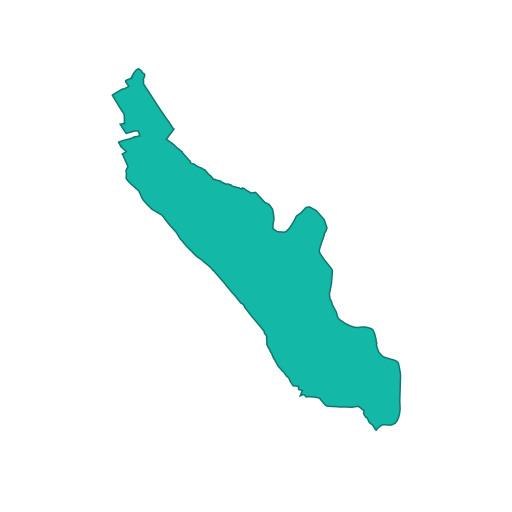 outline of Bralostita, Dolj, Romania, rotated 33°
{"feature_id": "2599482B80334443229392", "entity_name": "Bralostita", "entity_type": "district", "adm_level": 2, "iso_a3": "ROU", "parent_name": "Romania", "parent_adm1": "Dolj", "projection": "mercator", "projection_center": [23.509, 44.502], "detail": "fine", "context": "isolated", "style": "filled", "palette": "teal", "viewbox_px": 512, "rotation_deg": 33, "n_neighbors": 0, "source": "geoboundaries", "source_scale": "gbopen_adm2", "svg_char_len": 6053}
<svg xmlns="http://www.w3.org/2000/svg" viewBox="0 0 512 512"><g transform="rotate(33 256 256)"><path d="M451.7,336.6L451.9,334.5L452.4,332.5L452.7,331.4L453.1,330.5L453.5,329.8L454.0,328.9L454.4,328.5L455.0,327.9L459.4,325.5L461.8,323.8L463.8,320.5L464.1,317.8L463.4,313.3L461.8,309.0L460.8,307.2L460.2,305.8L455.4,299.1L452.9,294.9L442.2,277.3L441.4,276.5L440.3,274.9L439.0,273.8L437.9,272.4L434.9,269.4L434.2,268.7L433.8,268.3L432.6,267.9L431.2,267.7L430.1,267.8L427.6,268.3L424.9,269.3L422.4,269.9L421.2,270.4L417.9,271.1L416.1,271.1L414.9,270.7L414.5,270.7L413.7,270.5L413.3,270.3L411.8,269.9L410.9,269.4L410.4,269.2L409.2,268.3L408.1,267.3L407.0,266.6L405.3,264.7L404.9,264.0L404.9,263.5L404.8,263.3L403.1,262.0L401.8,260.2L400.3,258.9L398.0,256.7L394.8,254.6L393.7,254.1L392.0,254.2L390.2,254.7L386.6,255.9L385.4,256.6L383.0,258.3L380.6,260.4L378.1,261.8L376.9,262.3L373.0,263.3L371.8,263.5L370.6,263.5L369.1,263.9L366.7,264.0L360.9,263.8L359.2,263.5L358.7,263.3L357.7,262.7L356.1,261.4L354.3,259.5L349.0,256.7L348.2,256.1L346.7,255.3L345.1,254.0L344.8,253.6L343.4,252.6L341.3,251.6L340.1,250.0L339.9,249.9L338.5,248.1L337.8,246.9L336.0,242.2L335.0,239.9L334.3,238.1L333.7,236.9L328.4,227.2L327.0,225.9L326.1,225.5L316.5,222.3L314.3,221.6L312.7,220.8L308.8,219.2L306.6,217.7L305.8,216.2L304.8,213.2L303.3,207.3L302.8,204.8L302.2,202.8L301.8,201.4L301.0,199.9L301.1,198.7L301.0,196.7L300.2,193.7L293.4,188.4L281.8,185.1L274.0,185.7L271.5,188.1L270.1,195.7L268.1,200.6L268.8,205.5L268.9,214.3L267.9,219.2L266.5,220.8L260.6,224.0L255.4,223.9L253.3,220.8L250.9,215.1L247.9,211.4L244.5,207.8L238.9,205.6L234.2,206.2L221.0,202.9L217.3,206.1L216.7,205.9L216.2,206.0L215.1,205.9L212.5,206.1L208.8,205.9L208.1,206.1L207.6,206.2L207.5,207.4L206.8,207.8L206.0,208.0L204.5,208.1L204.2,208.3L203.3,208.6L203.1,208.8L201.0,209.3L200.7,209.5L200.1,209.6L199.5,210.1L198.9,210.2L197.5,210.3L196.1,210.0L194.9,210.6L194.5,210.7L193.7,210.6L193.4,211.0L192.9,211.2L192.5,211.5L192.1,211.6L191.9,211.8L191.4,212.1L190.3,212.3L189.7,212.3L189.1,212.6L188.4,212.4L188.0,212.4L187.7,212.7L187.3,212.8L186.2,212.6L185.8,212.4L185.4,212.4L184.8,212.7L183.3,213.2L182.9,213.5L182.3,213.5L181.6,214.0L180.9,214.0L180.5,214.1L180.1,214.1L178.9,214.5L178.4,214.9L178.1,214.9L177.1,214.3L174.0,213.4L172.8,213.5L168.5,212.3L167.9,212.2L166.5,211.7L165.7,211.7L165.6,212.0L162.2,211.9L160.0,212.6L156.3,212.9L154.9,212.5L151.5,213.5L150.5,213.7L149.9,213.3L149.8,212.9L149.6,212.5L147.9,212.1L147.1,212.0L146.2,211.6L145.5,211.6L144.3,211.1L143.4,210.9L138.2,209.5L137.6,209.1L137.2,208.8L136.9,208.7L134.6,208.7L132.7,208.3L130.3,208.3L130.1,208.1L128.0,207.8L127.0,207.5L124.4,207.2L119.6,207.0L117.2,207.0L118.1,194.3L117.7,194.5L117.2,194.3L109.9,191.0L104.4,189.0L103.4,188.4L102.4,188.1L101.5,187.6L98.1,186.3L91.4,183.4L88.6,182.1L73.8,175.5L71.1,174.4L67.7,172.7L66.3,170.3L65.2,168.9L64.8,166.5L64.3,165.1L63.4,164.3L62.9,164.1L61.2,164.2L60.6,164.0L59.3,163.2L57.1,163.0L56.1,162.8L55.4,163.1L54.5,164.6L54.2,165.5L54.1,166.1L54.0,167.3L53.9,169.4L54.1,171.8L54.7,174.2L54.2,173.9L54.4,175.1L52.8,177.5L52.6,177.6L52.3,177.9L51.3,179.7L51.2,180.2L52.1,181.1L52.7,181.3L55.8,182.5L57.0,183.1L55.6,185.5L54.5,187.6L52.9,188.9L47.9,199.0L47.9,199.4L59.9,205.2L64.3,207.2L67.1,208.3L68.7,209.5L71.5,213.5L73.0,216.1L73.4,215.9L73.9,216.5L72.2,217.7L71.0,218.7L70.3,219.5L80.3,223.9L85.2,218.4L85.7,217.6L86.3,217.3L88.1,215.8L88.5,215.6L89.8,215.9L90.1,215.9L93.1,218.5L92.9,218.6L92.4,219.0L91.6,220.2L91.3,220.3L90.8,220.8L90.6,221.2L90.3,221.6L89.5,221.8L89.3,221.9L89.2,222.8L88.6,223.0L88.3,223.7L88.0,224.0L88.0,224.3L88.0,224.6L87.7,224.8L87.1,225.5L86.7,225.8L86.6,226.1L82.7,230.4L78.7,235.3L79.1,235.7L81.7,237.0L82.2,237.3L82.4,237.5L82.7,237.7L82.8,237.7L83.0,237.4L83.4,237.6L83.5,237.9L84.0,238.1L85.0,238.1L86.8,238.4L88.0,238.7L88.4,238.7L89.9,238.9L89.9,239.1L90.4,239.2L88.3,243.4L89.6,243.9L97.2,249.0L98.2,249.5L98.6,249.7L98.8,250.1L100.0,251.0L100.1,253.0L100.3,253.6L100.3,254.6L100.3,254.9L100.5,255.3L101.1,255.8L101.9,257.0L102.5,257.5L104.5,261.2L105.1,261.8L107.8,262.8L111.8,263.7L117.8,264.5L118.5,264.8L119.0,264.9L119.4,264.8L122.0,265.2L122.6,265.4L123.5,266.0L129.5,269.9L130.9,270.5L137.6,272.3L143.1,273.5L149.1,273.2L154.8,273.0L156.4,273.5L158.4,274.1L162.0,275.5L166.4,277.0L175.3,279.3L177.1,280.0L179.7,281.2L181.8,282.3L183.2,282.9L185.1,283.4L193.0,285.8L200.8,287.4L201.2,287.6L202.1,287.8L205.1,288.4L207.4,288.7L209.8,288.7L213.0,288.9L214.9,289.3L216.7,289.4L220.9,289.9L224.0,290.3L228.1,291.6L228.4,291.1L229.4,291.5L230.1,291.9L234.0,293.0L236.2,293.6L238.1,294.2L245.4,296.3L248.4,297.4L250.3,297.9L255.5,299.6L259.7,300.6L260.7,301.0L266.0,302.7L268.1,303.5L269.2,303.7L270.3,303.6L271.3,303.5L272.4,304.0L273.1,303.9L273.6,304.5L274.6,305.2L282.4,308.0L287.1,309.5L289.4,310.1L290.1,310.4L296.4,312.3L304.0,314.8L304.2,315.3L305.0,316.0L306.1,316.5L307.9,317.0L308.6,317.5L308.9,317.9L309.4,318.9L311.8,321.9L312.4,322.8L313.2,324.1L314.4,325.1L319.1,327.5L319.5,327.8L319.9,328.3L322.0,329.1L323.8,330.4L325.1,331.3L325.5,331.4L325.8,331.4L326.1,332.0L326.5,332.3L328.3,332.9L329.4,333.6L330.9,334.3L332.9,335.5L335.5,336.7L337.8,337.1L340.1,337.9L342.5,338.3L343.4,338.6L347.0,340.1L348.8,340.3L349.9,340.5L350.9,341.0L352.4,342.2L357.4,344.5L358.4,344.4L360.5,343.2L361.8,342.6L362.7,342.1L364.3,344.7L368.1,343.6L369.2,349.2L369.9,348.1L370.6,347.0L371.1,346.6L372.7,346.1L373.7,346.5L374.0,346.8L375.1,346.7L375.6,346.5L376.0,345.8L376.9,345.2L378.2,344.5L379.9,343.5L383.6,341.6L387.1,340.6L388.2,341.2L394.6,343.1L396.5,343.3L397.8,343.0L401.9,340.7L405.9,338.3L407.8,337.4L413.9,333.5L419.0,330.5L421.3,328.3L423.8,326.4L426.0,326.4L427.5,326.6L428.5,326.9L430.9,326.9L431.2,327.0L431.4,327.4L431.5,328.8L432.5,329.8L434.0,330.6L435.1,331.1L436.0,331.5L436.3,331.2L436.8,331.1L437.6,331.3L438.2,331.9L439.7,332.6L440.2,333.0L440.4,333.3L441.4,333.7L442.4,334.0L443.4,334.2L444.3,334.1L445.8,334.2L447.9,335.2L448.5,335.4L450.6,336.6L451.7,336.6Z" fill="#14b8a6" stroke="#0f766e" stroke-width="1.5"/></g></svg>